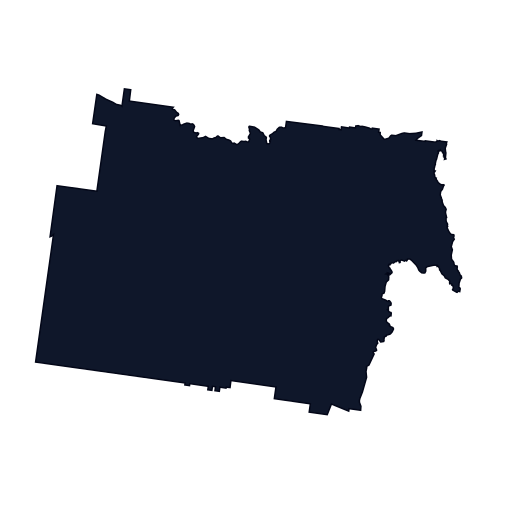 outline of Murray, Western Australia, Australia, rotated 188°
{"feature_id": "25037944B25972327200509", "entity_name": "Murray", "entity_type": "district", "adm_level": 2, "iso_a3": "AUS", "parent_name": "Australia", "parent_adm1": "Western Australia", "projection": "mercator", "projection_center": [115.802, -32.624], "detail": "fine", "context": "isolated", "style": "filled", "palette": "ink", "viewbox_px": 512, "rotation_deg": 188, "n_neighbors": 0, "source": "geoboundaries", "source_scale": "gbopen_adm2", "svg_char_len": 5989}
<svg xmlns="http://www.w3.org/2000/svg" viewBox="0 0 512 512"><g transform="rotate(188 256 256)"><path d="M459.5,249.1L459.5,120.3L308.5,120.4L308.5,118.4L303.8,118.4L303.8,120.4L285.1,120.3L285.1,116.8L281.0,116.8L281.0,120.9L277.9,120.9L277.9,116.9L273.5,116.9L273.5,121.1L267.3,121.0L267.2,122.0L263.4,122.1L263.5,129.2L218.0,129.1L218.0,117.3L181.6,117.2L181.6,108.8L163.4,108.8L160.7,119.9L142.6,115.3L142.6,117.8L130.9,117.8L131.2,121.8L133.2,125.5L133.5,127.4L133.3,129.5L131.7,136.1L129.6,151.3L131.0,156.9L130.8,160.9L131.3,161.3L130.8,162.3L129.0,163.7L125.4,175.4L126.3,176.1L126.7,177.2L125.9,178.0L125.1,178.1L123.5,179.2L123.7,180.1L124.9,182.1L124.2,185.2L123.3,186.6L124.1,188.3L124.0,190.2L123.6,190.5L122.7,190.4L120.5,188.2L117.7,189.1L117.4,189.9L117.7,191.1L117.6,193.8L116.0,194.7L115.8,195.7L112.5,197.2L111.9,197.8L110.7,199.6L109.7,202.6L109.9,203.5L110.6,204.2L113.3,204.9L114.1,205.4L114.5,206.3L113.5,205.4L114.6,207.2L117.1,208.6L118.0,209.8L118.0,212.3L116.9,213.1L115.1,215.3L114.0,215.5L114.1,218.1L114.4,218.8L115.7,219.0L116.8,219.5L117.2,219.9L117.3,220.7L118.3,221.1L117.5,221.6L117.9,224.8L115.5,226.2L115.6,227.9L116.0,228.7L117.6,230.2L118.6,230.1L118.8,229.4L119.8,229.6L121.6,230.4L125.5,231.3L126.0,232.1L126.1,233.5L125.7,234.0L125.9,235.8L125.3,236.4L124.3,236.8L123.9,237.5L124.1,237.9L123.7,238.9L124.0,243.8L123.4,248.3L121.4,250.8L121.6,253.7L122.4,255.3L122.9,255.6L122.4,255.8L122.2,256.2L122.9,256.1L123.7,256.7L123.7,256.3L123.7,256.2L124.7,256.3L123.7,257.0L123.7,257.4L123.4,257.2L123.0,257.6L122.6,257.5L123.3,257.0L122.7,257.2L122.4,256.7L120.9,256.7L121.0,257.0L121.4,257.0L120.8,257.2L120.7,256.3L119.0,258.4L119.1,259.2L120.1,260.6L121.5,261.9L121.6,262.5L122.4,262.8L123.1,263.9L123.6,265.0L123.4,265.8L122.2,265.8L122.0,266.4L122.3,266.6L121.5,266.9L121.1,267.9L119.8,268.3L118.8,268.2L117.5,269.8L116.5,269.8L115.7,271.0L115.3,270.9L114.6,271.4L113.9,271.0L113.7,270.5L113.4,270.5L113.1,269.4L112.6,269.6L112.7,269.9L112.4,270.2L112.9,270.7L112.9,271.3L111.3,272.3L108.2,271.6L107.5,272.4L106.8,272.5L106.2,272.1L105.8,272.6L105.6,273.9L103.5,274.5L101.3,273.4L96.1,269.3L94.2,267.1L92.8,264.7L91.7,263.7L89.5,262.4L87.3,262.5L86.4,262.8L85.8,264.7L86.3,267.9L84.9,269.3L79.3,271.4L77.3,271.9L75.9,271.8L75.4,272.1L74.6,271.4L74.9,270.9L74.0,271.0L73.7,270.7L72.6,269.3L72.2,267.7L71.5,267.3L69.4,264.2L66.9,262.7L65.5,260.7L62.5,259.6L60.6,258.0L60.6,256.6L60.3,255.4L58.7,255.7L57.9,255.1L58.1,254.4L56.6,253.6L56.1,251.6L56.3,250.9L56.7,250.3L56.5,249.7L52.2,248.0L51.8,248.0L50.9,249.3L49.3,249.1L49.2,251.9L49.6,252.7L50.5,253.1L50.8,253.7L51.1,257.4L50.3,261.7L49.4,262.6L49.4,263.4L49.9,264.1L49.8,264.6L51.5,265.9L52.3,267.7L53.4,268.7L53.5,269.3L54.3,269.7L55.0,271.0L55.2,272.4L55.1,272.9L55.4,274.0L57.8,274.1L59.1,275.8L58.9,276.4L59.6,277.7L61.9,280.0L62.8,284.1L62.4,289.5L63.5,291.6L64.0,291.9L63.3,297.6L62.0,300.2L63.0,301.7L62.7,303.3L62.9,304.3L63.2,304.6L65.5,304.5L66.6,305.1L66.5,304.9L68.6,307.3L70.7,310.6L70.7,311.1L70.3,311.8L70.9,312.3L70.6,313.4L70.8,314.4L72.3,316.4L72.7,317.5L73.1,320.3L72.6,320.6L74.3,325.0L74.5,326.2L74.2,328.7L75.4,330.5L77.3,332.0L77.9,333.1L79.3,335.8L79.2,336.5L79.6,337.0L79.7,337.8L80.5,338.8L80.7,339.8L81.4,340.3L81.3,340.8L82.1,342.1L82.1,345.6L80.7,348.1L80.1,351.3L79.6,352.3L79.9,352.7L80.7,352.5L80.4,352.9L81.2,352.4L83.1,352.5L85.9,354.1L86.7,355.4L87.7,356.3L88.5,357.8L88.4,358.2L88.6,358.2L88.6,357.8L88.0,356.5L88.5,357.0L89.0,358.2L90.1,359.6L90.3,361.0L91.1,362.2L91.3,363.9L90.7,364.3L90.4,365.1L91.5,365.0L91.8,368.3L91.5,368.8L91.5,370.4L91.1,371.4L91.4,373.7L91.1,374.1L91.2,375.3L90.7,376.9L90.2,381.9L89.7,383.3L89.8,384.3L90.4,384.9L90.4,385.6L89.7,386.0L88.9,385.6L88.3,386.7L87.9,386.0L86.2,385.7L85.6,384.2L84.8,384.5L84.5,384.0L84.2,381.4L83.8,381.8L83.0,380.8L83.4,379.6L82.5,379.0L82.7,378.0L81.4,378.6L82.1,379.8L82.3,384.5L82.9,386.1L83.6,389.1L82.8,393.2L83.2,394.3L82.9,395.5L88.7,395.4L90.3,395.8L92.1,395.0L92.7,395.4L92.7,394.8L94.2,393.7L104.4,393.6L104.4,393.0L113.7,392.9L112.5,394.9L108.9,398.3L108.9,401.9L114.7,399.8L121.0,398.5L126.3,398.5L128.5,397.7L134.3,394.6L138.5,394.5L139.4,393.7L140.8,391.2L144.7,389.4L145.5,389.6L149.7,393.1L150.0,393.7L150.2,395.6L151.8,395.6L151.8,398.8L158.6,398.8L158.6,398.0L160.2,397.8L161.4,398.4L165.8,399.0L168.9,399.2L170.6,398.8L173.0,399.3L175.3,398.6L175.3,396.7L181.3,396.7L181.3,395.7L189.3,395.8L189.3,392.8L191.4,392.8L191.5,393.8L207.4,393.7L208.2,394.0L244.6,393.5L244.6,387.2L246.6,386.5L248.8,387.1L250.8,386.7L252.6,384.5L253.5,382.1L255.2,381.2L256.7,379.4L259.0,377.6L259.3,377.0L259.1,376.2L258.3,375.6L257.9,374.6L258.0,373.8L257.6,373.2L258.5,372.4L258.3,371.4L257.8,371.3L257.8,370.5L258.4,369.1L259.4,368.7L260.9,368.8L262.3,372.6L262.2,374.6L262.5,375.1L263.3,375.7L264.3,375.9L266.5,379.0L269.0,379.4L270.8,381.3L275.4,383.4L280.5,383.6L280.9,383.3L281.0,382.6L280.1,380.7L280.1,379.3L278.7,377.0L278.7,376.2L280.1,372.9L279.8,371.7L279.2,371.7L278.5,370.9L279.1,368.1L279.9,367.6L282.2,368.2L283.7,367.7L286.4,367.7L287.3,366.9L288.6,365.0L290.0,363.8L290.7,363.7L293.4,364.8L293.7,364.1L295.7,364.5L297.2,366.4L299.0,367.1L301.6,367.4L304.1,368.9L307.7,368.1L310.4,369.6L311.4,368.9L311.6,368.4L312.3,367.7L313.9,367.1L315.5,365.9L319.2,365.9L322.6,367.4L324.7,365.9L330.1,364.3L331.4,365.5L331.5,366.1L330.0,368.5L329.9,369.5L331.1,370.0L331.6,369.9L332.0,369.4L335.0,369.8L335.7,371.5L334.8,375.6L335.7,377.0L337.1,378.0L339.2,377.5L340.7,378.0L343.0,378.0L346.3,376.3L347.4,375.2L349.2,375.4L349.3,375.0L351.1,379.4L351.7,379.6L354.6,378.7L356.0,379.1L356.5,380.0L356.1,381.4L354.8,383.4L352.7,384.3L352.3,385.4L352.8,386.4L354.7,387.3L356.9,389.4L359.3,389.7L359.4,390.9L358.7,391.8L403.0,391.8L403.2,403.2L409.6,403.2L409.6,385.5L411.1,386.4L415.5,386.7L419.2,388.3L426.5,390.4L433.9,393.5L436.1,393.9L436.2,364.3L422.3,363.9L422.6,358.5L422.6,298.0L462.8,297.9L462.6,246.4L461.4,247.1L459.5,249.1Z" fill="#0f172a" stroke="#020617" stroke-width="1.5"/></g></svg>